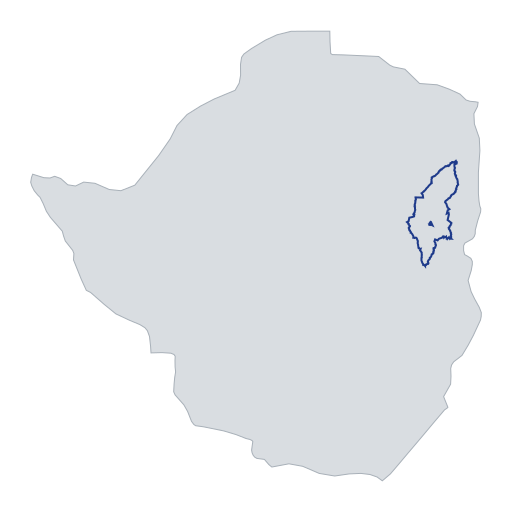 location of Makoni, Manicaland, Zimbabwe
{"feature_id": "62879985B27116987268551", "entity_name": "Makoni", "entity_type": "district", "adm_level": 2, "iso_a3": "ZWE", "parent_name": "Zimbabwe", "parent_adm1": "Manicaland", "projection": "robinson", "projection_center": [32.274, -18.385], "detail": "fine", "context": "in_parent", "style": "outline", "palette": "blue", "viewbox_px": 512, "rotation_deg": 0, "n_neighbors": 0, "source": "geoboundaries", "source_scale": "gbopen_adm2", "svg_char_len": 7911}
<svg xmlns="http://www.w3.org/2000/svg" viewBox="0 0 512 512"><path d="M382.3,480.8L377.1,477.0L370.0,474.5L360.9,473.4L349.2,473.9L334.7,476.0L319.2,473.4L302.7,466.3L288.9,463.8L272.5,466.9L271.8,467.0L268.9,464.6L264.4,459.4L256.9,458.4L254.8,457.2L253.2,455.3L252.1,452.8L251.6,450.1L252.8,441.5L252.1,440.6L250.1,439.5L246.0,438.5L236.1,434.6L223.7,430.9L203.5,426.8L195.6,425.7L193.8,424.4L191.5,421.3L187.6,411.4L183.9,404.9L175.1,394.9L173.7,391.8L174.1,383.9L174.7,377.5L175.6,372.0L175.1,366.9L175.0,360.6L175.2,356.3L174.0,354.5L170.9,353.2L161.9,352.6L151.0,352.9L150.6,346.4L149.5,336.5L147.4,330.7L144.9,327.7L139.9,324.6L129.8,320.4L115.9,313.9L104.1,304.3L90.5,292.4L86.3,290.3L81.2,279.1L73.5,259.9L73.9,253.5L72.7,250.4L65.3,241.0L63.6,236.1L62.3,231.2L50.4,217.4L46.4,211.3L43.2,203.6L40.1,197.4L37.6,194.9L34.2,190.7L31.8,185.9L30.7,182.3L31.5,177.5L32.7,174.2L43.9,177.7L50.0,178.0L54.7,176.3L60.7,178.5L67.8,184.8L75.5,186.0L83.7,182.1L95.0,183.3L109.2,189.5L120.9,190.7L134.8,185.2L147.1,169.9L158.7,155.5L170.2,138.9L177.0,125.5L187.1,114.5L200.5,106.1L214.2,99.0L235.1,90.3L239.2,83.1L240.6,75.3L240.5,64.4L241.6,57.3L243.8,54.1L247.2,51.6L251.7,48.4L265.5,40.1L277.0,34.8L291.1,31.3L306.5,31.2L321.4,31.2L329.8,31.2L330.0,41.7L330.7,53.5L332.3,54.6L343.5,54.9L361.4,55.7L378.7,56.5L389.7,65.1L393.4,66.9L404.9,69.2L419.6,83.5L437.2,84.8L449.3,89.2L460.0,94.1L466.1,100.0L470.1,101.3L475.5,101.8L478.1,102.3L477.5,106.5L473.9,113.7L474.4,124.0L479.3,138.2L479.9,150.6L478.4,172.4L478.4,193.5L479.0,201.0L479.8,206.0L480.8,208.8L480.6,211.9L477.7,220.8L475.3,230.1L475.2,233.8L474.3,236.4L472.5,238.8L464.9,243.1L463.6,245.7L463.6,250.6L464.6,254.6L467.4,256.1L470.9,258.4L472.3,261.4L472.3,264.6L471.2,270.6L468.1,280.4L471.1,291.6L474.6,298.9L479.3,307.4L481.3,312.6L481.2,316.4L480.5,320.0L473.3,335.5L468.2,345.1L462.0,355.4L453.7,361.8L451.6,364.9L450.7,368.5L451.0,376.2L450.6,384.2L443.6,396.6L447.9,407.3L446.9,408.3L444.6,409.8L434.4,421.8L424.2,434.0L416.7,442.9L408.1,453.0L398.6,464.3L390.4,473.9L382.3,480.8Z" fill="#d9dde1" stroke="#a8b0b8" stroke-width="1"/><path d="M425.1,266.0L425.1,265.8L425.2,265.6L425.1,265.2L425.3,265.2L425.5,264.7L426.2,264.9L427.0,264.0L427.4,264.0L427.9,263.7L428.2,263.8L428.4,263.5L428.4,263.0L428.1,262.7L428.1,262.2L427.8,261.9L428.0,261.6L428.0,261.2L428.2,260.5L429.3,259.4L429.5,259.3L429.9,258.7L429.7,258.0L429.8,257.7L430.3,257.4L430.9,256.9L431.2,256.4L431.3,255.9L431.7,254.8L431.6,254.6L431.7,254.3L432.6,254.0L432.8,253.5L433.3,253.3L433.5,252.4L433.3,252.3L433.2,252.0L433.3,251.7L433.6,251.1L433.8,250.9L433.7,250.7L433.9,250.5L433.7,250.0L433.9,249.7L433.8,249.3L433.7,249.2L433.7,248.9L433.5,249.0L433.1,248.3L432.9,248.1L432.7,248.1L434.8,248.0L435.2,247.6L435.2,246.9L435.9,245.6L435.8,245.3L435.9,245.1L435.9,244.8L435.8,244.7L435.6,244.6L435.6,244.4L435.4,244.2L435.5,243.9L435.4,243.7L435.4,243.1L434.4,241.4L435.1,239.4L437.6,240.4L438.8,238.9L439.3,238.6L441.9,237.8L443.1,236.3L443.7,236.3L444.0,237.6L444.5,237.1L445.4,237.1L446.0,236.7L446.0,237.0L446.3,237.1L446.6,237.6L446.7,238.3L447.0,238.3L446.9,238.6L447.1,238.6L447.3,239.0L449.0,237.2L449.9,238.8L450.1,238.6L451.3,238.7L451.0,238.4L450.9,238.3L451.1,238.0L451.1,237.5L451.2,237.2L451.2,236.7L451.0,236.4L450.9,235.2L451.2,234.8L451.1,234.6L451.2,234.4L451.2,234.1L451.0,233.8L450.8,233.5L450.8,233.3L450.7,233.0L450.7,232.7L450.9,232.6L450.2,231.2L450.3,231.0L450.2,230.7L449.7,230.1L449.7,229.8L449.6,229.6L449.0,229.1L449.1,228.7L448.6,227.9L449.2,227.3L449.3,227.4L449.6,227.0L449.6,226.7L449.5,226.4L450.0,225.8L450.3,225.6L450.4,225.4L450.6,225.3L450.6,224.9L450.9,224.0L451.3,223.7L451.1,223.2L451.3,222.8L447.6,220.0L448.9,214.5L448.6,212.8L446.8,213.6L447.7,210.3L449.4,209.2L447.5,207.5L447.3,206.4L447.0,206.1L446.9,205.9L446.7,204.8L446.4,204.1L446.4,203.9L445.5,202.8L445.3,202.3L445.1,202.2L445.1,201.9L445.3,201.6L445.4,201.2L445.6,200.9L445.9,200.8L446.3,200.5L446.5,200.2L446.8,200.0L447.1,199.8L447.4,199.7L448.2,198.8L448.4,198.4L448.6,198.3L448.8,198.4L449.1,198.1L449.8,198.0L450.2,197.2L450.7,196.6L450.8,196.1L451.0,196.0L451.0,195.8L451.1,195.7L451.3,195.2L451.5,195.1L451.9,194.7L452.5,194.5L452.8,194.3L453.3,194.1L453.5,193.7L453.8,193.6L453.9,193.4L454.1,193.4L454.2,193.1L454.8,192.7L455.1,192.4L455.3,192.1L455.2,191.8L455.4,191.8L455.4,191.3L455.7,191.1L455.8,191.0L455.8,190.0L456.4,189.2L456.1,188.8L456.3,188.6L456.4,187.7L456.7,186.9L456.9,186.8L457.0,186.6L457.0,186.3L457.0,185.7L457.6,185.4L458.2,184.7L457.9,183.6L457.8,183.0L457.6,182.6L457.8,182.0L457.7,181.8L457.6,180.8L457.5,180.4L457.5,180.0L457.3,179.5L457.2,179.0L456.9,178.9L456.7,178.6L455.8,176.4L456.1,176.0L456.1,175.9L455.8,175.9L455.8,175.4L455.4,175.3L455.4,175.0L455.5,174.8L455.3,174.5L455.1,174.4L454.8,173.8L454.9,173.6L454.9,173.2L455.2,172.6L455.0,172.1L455.2,171.6L455.1,171.4L454.6,171.1L454.3,170.6L454.5,169.9L454.4,169.3L454.9,168.2L455.0,167.9L454.6,167.3L454.4,166.0L454.4,164.5L456.6,163.6L456.6,163.3L456.7,163.1L456.8,162.3L456.7,161.8L456.4,161.6L456.2,161.7L456.0,161.2L455.8,161.4L455.7,161.1L455.5,161.3L455.3,161.8L455.0,161.8L455.1,162.4L454.9,162.7L454.5,162.4L454.2,162.3L454.0,162.5L453.9,162.5L453.5,162.3L453.2,162.4L452.8,162.0L452.1,162.0L451.7,162.6L451.6,163.0L451.1,163.1L450.9,163.0L450.5,163.1L450.4,163.6L450.4,164.0L450.2,164.3L450.0,164.6L449.8,164.6L449.4,164.9L449.1,165.1L448.7,165.4L448.8,165.6L448.9,165.8L448.5,166.1L448.3,166.1L447.7,165.6L447.0,166.1L446.7,166.1L446.4,166.3L445.8,166.1L445.2,166.3L444.9,166.8L444.3,167.3L443.5,167.8L442.7,168.5L442.3,168.6L441.9,169.3L441.6,169.6L441.0,169.4L440.5,169.7L440.0,170.3L440.1,170.6L439.9,170.8L439.4,170.9L439.1,171.1L438.6,172.0L438.7,172.3L438.5,172.7L438.2,172.8L437.3,173.8L437.0,174.0L436.5,174.4L436.2,174.5L435.5,175.5L435.0,175.8L434.8,176.0L434.2,176.0L433.8,176.5L433.2,176.6L432.6,176.9L432.4,176.9L432.1,177.3L431.7,177.5L431.8,177.9L431.9,178.5L431.7,178.7L431.4,179.6L431.6,181.0L431.4,181.5L431.3,182.0L431.7,182.2L431.7,182.3L431.7,183.2L431.1,183.4L430.5,184.1L428.9,185.6L427.8,187.1L426.2,188.6L426.1,189.0L425.8,189.4L425.6,189.6L425.2,190.1L424.4,190.9L424.1,191.0L423.9,191.5L423.5,191.6L422.6,192.5L422.3,192.7L422.0,193.1L421.6,193.3L422.8,195.0L423.1,197.6L415.5,197.4L415.5,197.8L415.7,198.1L415.9,199.5L415.3,200.4L415.5,200.8L415.3,201.4L415.4,201.6L415.2,202.6L415.3,202.9L415.1,203.5L414.8,204.0L414.7,204.5L414.9,205.0L414.7,205.2L414.8,205.4L414.8,206.1L414.6,206.3L415.0,206.9L414.8,207.2L415.0,207.7L415.0,209.1L415.3,209.9L414.8,211.1L414.7,212.2L414.5,212.4L414.1,213.2L414.0,213.3L414.2,213.8L413.9,213.8L413.4,214.1L413.3,214.4L413.4,214.6L413.7,214.8L414.2,215.6L414.1,216.4L412.4,217.0L409.3,217.7L408.6,221.2L407.0,222.1L408.7,223.7L408.5,224.4L409.9,225.9L409.8,226.1L409.9,226.5L409.0,227.3L409.0,227.7L408.7,228.0L409.1,228.7L409.2,229.0L409.1,229.4L409.4,230.3L410.0,230.5L410.0,231.0L410.5,231.5L410.5,231.8L410.7,232.1L410.7,232.5L411.0,232.4L411.3,233.0L412.3,234.2L413.3,236.1L413.5,236.9L413.3,237.4L413.3,237.7L414.0,237.6L414.4,238.0L414.6,238.0L414.9,237.8L415.6,237.6L416.4,237.8L416.7,238.5L416.9,238.7L417.5,240.3L417.8,240.8L417.9,241.1L417.7,242.0L417.8,242.5L417.7,242.7L417.7,243.4L417.9,244.1L418.1,244.5L418.1,245.4L418.2,245.9L418.3,246.2L418.4,247.3L418.6,248.2L418.7,248.3L419.0,248.4L419.2,248.1L419.3,248.1L420.0,248.7L420.3,249.3L420.5,249.2L420.1,250.4L420.4,250.6L420.6,251.0L421.2,251.8L421.4,252.3L421.7,252.5L421.7,254.2L421.9,254.9L421.7,255.2L421.7,256.0L421.7,256.8L421.8,257.3L421.8,257.6L421.4,258.0L421.5,259.1L421.4,259.9L421.5,260.7L422.1,262.0L422.1,262.4L422.5,263.2L423.0,263.8L423.2,264.9L423.6,264.8L424.4,265.4L424.7,265.5L425.1,266.0ZM430.4,222.5L430.4,222.1L430.7,221.8L430.9,221.9L432.5,225.4L430.7,224.5L430.3,225.0L429.4,224.9L429.4,224.5L429.2,224.2L429.5,224.1L429.6,223.9L429.7,223.0L430.0,222.6L430.4,222.5Z" fill="none" stroke="#1e3a8a" stroke-width="2"/></svg>